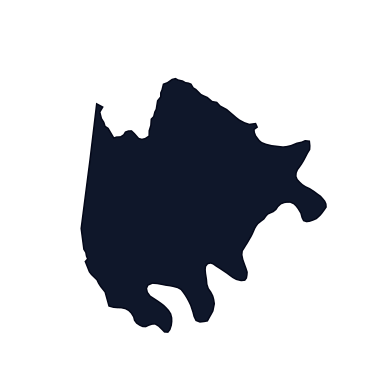 Paula Freitas, Paraná, Brazil, rotated 333°
{"feature_id": "56859067B24450380126830", "entity_name": "Paula Freitas", "entity_type": "district", "adm_level": 2, "iso_a3": "BRA", "parent_name": "Brazil", "parent_adm1": "Paraná", "projection": "natural_earth1", "projection_center": [-50.843, -26.173], "detail": "fine", "context": "isolated", "style": "filled", "palette": "ink", "viewbox_px": 384, "rotation_deg": 333, "n_neighbors": 0, "source": "geoboundaries", "source_scale": "gbopen_adm2", "svg_char_len": 2870}
<svg xmlns="http://www.w3.org/2000/svg" viewBox="0 0 384 384"><g transform="rotate(333 192 192)"><path d="M319.6,200.0L316.1,197.7L312.5,197.5L307.6,196.2L301.4,195.7L297.0,194.6L293.5,193.3L283.9,186.9L279.4,183.0L276.4,179.6L275.1,176.6L274.1,170.8L274.5,167.2L275.6,164.4L279.5,163.8L279.7,159.9L273.7,157.8L270.0,154.0L266.8,149.4L265.1,145.9L260.3,134.3L256.0,128.1L254.7,123.4L250.9,120.5L248.5,114.7L245.7,111.3L244.1,109.1L241.9,102.3L240.3,99.8L240.0,95.4L238.1,93.3L235.7,91.6L234.0,88.9L230.3,85.8L228.8,83.5L225.4,82.7L219.8,83.5L215.5,83.0L211.6,87.5L209.2,89.5L207.3,93.1L202.8,95.1L197.7,102.1L195.2,103.9L192.1,107.5L188.8,108.6L185.6,114.0L181.7,118.0L179.2,122.7L174.6,123.2L171.2,122.4L168.7,120.1L167.1,113.8L165.8,110.1L163.0,108.8L159.9,108.4L157.2,110.1L153.4,110.5L149.6,108.8L146.8,108.4L146.1,97.2L144.3,94.0L145.0,89.9L144.6,85.4L146.1,78.9L151.0,75.8L147.1,70.2L115.3,117.7L107.9,128.5L76.7,174.2L69.7,193.9L70.0,197.6L68.9,201.3L68.7,204.3L65.4,205.5L64.4,216.5L65.0,219.8L67.5,227.1L67.4,230.9L67.8,234.9L69.2,241.7L66.3,255.9L69.7,259.0L73.2,261.2L76.4,262.9L79.8,265.7L81.9,268.8L83.0,272.2L83.4,276.8L82.6,280.2L83.2,283.7L85.0,286.9L87.0,289.4L89.6,290.9L92.9,291.0L96.3,291.5L99.3,292.8L101.5,296.4L102.8,300.3L104.0,304.2L106.9,305.9L109.8,304.5L113.0,301.3L115.1,298.2L116.7,294.9L117.6,290.9L117.2,286.8L116.2,283.2L115.2,280.2L113.8,277.3L112.0,273.9L110.3,270.9L108.8,268.3L107.3,265.7L106.6,261.1L107.6,257.2L110.4,254.9L115.3,255.2L119.6,257.8L123.9,261.1L126.4,263.1L129.9,265.5L132.3,267.4L135.9,270.6L138.1,273.9L138.7,277.0L139.2,280.4L139.5,284.0L139.6,287.8L139.5,292.3L138.4,299.4L137.4,303.9L137.3,308.3L140.1,311.4L144.1,312.9L147.2,313.8L150.4,311.6L153.6,309.5L156.6,307.4L158.9,304.5L161.1,301.7L162.5,297.5L163.2,294.1L163.2,289.7L162.6,285.4L163.3,280.9L165.1,276.5L167.0,270.7L168.4,267.2L170.2,264.4L173.3,262.9L176.4,263.7L178.3,265.7L180.0,269.0L182.1,272.5L184.5,276.8L186.4,280.2L188.0,283.5L189.7,286.8L191.9,290.0L195.6,293.2L199.0,294.5L201.4,293.3L203.2,290.9L204.7,288.4L205.3,284.8L205.9,279.8L206.5,275.3L207.8,270.6L210.0,267.2L212.9,265.5L215.3,264.0L217.9,262.5L221.3,260.3L224.4,258.3L226.6,256.7L229.2,254.6L231.2,252.9L233.7,251.3L236.3,250.0L240.3,249.2L243.7,248.6L246.8,247.0L249.4,246.0L252.2,246.1L255.4,246.3L258.8,245.6L261.8,243.9L265.7,242.8L269.4,243.2L271.8,244.0L275.0,245.6L277.5,248.7L278.5,251.6L279.1,254.9L279.5,260.3L278.5,264.9L278.5,268.2L280.7,270.4L283.6,271.4L287.3,271.9L290.7,272.1L293.4,271.4L295.8,270.7L298.1,269.7L301.5,268.0L304.6,266.3L305.8,263.5L306.0,260.5L305.4,257.6L304.5,254.1L302.9,251.1L301.2,247.6L298.3,242.5L295.4,238.8L293.5,235.5L292.3,232.2L291.3,228.6L291.6,225.2L293.5,222.1L296.1,219.9L298.9,218.5L302.1,216.8L305.5,214.7L308.5,212.6L312.4,209.8L316.1,207.5L317.9,204.4L319.6,200.0Z" fill="#0f172a" stroke="#020617" stroke-width="1.5"/></g></svg>